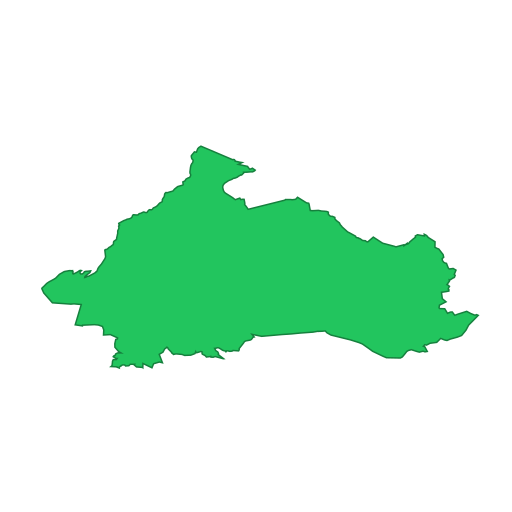 Ahuehuetitla, Puebla, Mexico, rotated 85°
{"feature_id": "50627088B39189624478389", "entity_name": "Ahuehuetitla", "entity_type": "district", "adm_level": 2, "iso_a3": "MEX", "parent_name": "Mexico", "parent_adm1": "Puebla", "projection": "equal_earth", "projection_center": [-98.198, 18.232], "detail": "fine", "context": "isolated", "style": "filled", "palette": "green", "viewbox_px": 512, "rotation_deg": 85, "n_neighbors": 0, "source": "geoboundaries", "source_scale": "gbopen_adm2", "svg_char_len": 6093}
<svg xmlns="http://www.w3.org/2000/svg" viewBox="0 0 512 512"><g transform="rotate(85 256 256)"><path d="M343.9,407.0L345.9,404.3L346.0,403.3L347.0,404.2L346.8,407.2L348.3,408.1L350.0,408.4L352.7,409.0L353.5,410.1L354.3,404.3L354.6,404.2L355.6,402.1L355.1,402.2L353.8,400.4L353.8,400.0L353.5,399.9L352.8,398.2L353.2,396.2L354.2,395.5L354.2,392.2L352.9,390.7L353.3,386.4L353.8,386.9L356.1,384.7L357.1,378.8L357.4,378.5L353.2,378.0L358.3,369.4L354.4,367.4L353.2,361.5L354.2,358.5L345.5,361.0L343.7,357.1L340.5,355.0L339.8,353.5L339.1,353.0L339.1,352.7L339.4,352.2L340.1,351.7L340.7,351.7L344.1,348.9L345.5,348.2L345.6,347.8L346.9,346.8L346.6,345.2L346.6,343.8L347.6,338.3L348.4,336.6L348.8,335.9L349.1,329.6L347.9,325.3L346.1,324.4L347.1,324.1L347.2,323.4L346.3,319.2L346.8,318.1L348.7,318.2L349.1,318.0L350.8,315.3L352.3,314.2L352.2,310.7L352.0,309.8L352.8,309.7L353.1,307.5L352.6,305.4L355.5,297.5L355.5,297.2L350.9,302.2L350.3,301.8L348.8,302.2L348.2,302.5L346.8,304.3L344.4,305.3L344.4,304.3L344.0,302.1L344.1,301.5L344.6,300.6L346.3,298.3L346.8,297.8L347.4,296.6L348.0,294.8L348.8,294.3L347.9,293.5L348.1,292.1L348.7,290.5L348.7,288.8L348.5,287.5L348.1,287.2L349.0,281.6L348.0,280.9L346.7,280.8L343.0,277.3L341.6,276.0L340.3,275.0L339.7,273.7L339.4,270.5L339.2,268.9L338.7,267.8L336.6,266.0L336.5,264.9L333.7,266.8L336.5,257.4L336.5,236.6L336.7,227.2L336.6,219.0L336.8,205.9L336.4,201.0L336.5,200.7L336.7,197.2L336.7,193.5L338.6,192.1L341.3,188.2L347.8,169.2L351.2,161.0L352.9,157.7L358.1,151.5L361.1,148.1L367.0,138.1L368.7,134.9L370.2,121.1L369.3,119.0L366.9,116.6L364.2,114.1L363.4,112.4L363.0,110.0L362.8,109.6L365.2,103.9L366.0,101.6L365.4,97.9L366.2,96.0L366.0,93.7L361.1,95.8L360.5,97.1L359.1,95.6L359.6,93.9L358.1,90.2L357.8,83.5L354.2,79.2L356.1,75.4L356.8,73.1L355.7,69.7L354.4,62.6L353.1,58.1L348.2,53.3L343.4,50.2L334.5,39.8L333.6,41.4L334.1,43.0L332.0,47.1L329.5,50.9L331.6,60.3L332.4,63.2L328.9,65.3L328.8,67.3L329.8,70.2L325.0,72.6L324.4,77.5L323.6,78.2L320.9,77.5L320.6,76.6L318.2,70.7L314.8,74.1L308.3,74.4L308.2,72.1L308.0,69.2L307.7,66.9L306.3,66.8L306.0,67.3L304.9,67.2L303.1,65.9L301.8,67.3L301.2,67.7L301.1,68.2L297.9,65.5L296.5,65.6L296.8,64.9L295.2,61.8L294.8,60.6L294.4,60.1L292.6,59.3L291.6,60.1L287.5,58.0L285.6,60.7L285.8,64.6L284.7,65.5L279.9,66.9L279.8,67.6L278.7,69.5L276.9,70.6L274.9,70.8L273.6,69.1L270.9,69.5L265.0,73.3L264.3,74.8L262.9,77.0L257.4,76.4L252.4,83.0L252.2,83.0L250.4,84.3L249.0,86.5L250.7,86.5L248.9,93.3L250.0,95.6L251.2,95.5L252.9,98.2L255.6,101.9L256.1,102.1L257.2,103.6L257.4,104.5L256.6,104.4L258.7,107.7L257.7,107.7L259.1,115.8L258.4,117.3L254.3,128.7L247.4,137.5L251.7,143.4L251.5,144.2L251.1,144.9L250.3,145.7L249.8,148.5L248.9,149.5L247.5,151.3L247.5,152.0L246.8,152.6L246.5,154.1L246.1,154.7L244.9,155.1L240.9,161.1L240.0,162.6L234.4,167.8L233.9,168.0L232.2,169.3L230.3,170.0L227.8,172.7L226.2,174.0L224.8,174.3L224.4,174.1L224.2,174.4L223.9,175.1L223.2,176.3L222.9,178.4L220.8,180.3L218.7,180.1L218.3,180.6L217.8,181.7L217.4,183.7L216.9,186.9L216.0,189.8L215.8,195.8L215.4,198.0L209.1,198.6L208.0,198.9L207.5,201.0L201.1,209.5L203.0,211.6L203.1,215.2L202.8,216.3L202.3,221.7L202.9,222.5L208.8,259.7L205.7,261.5L204.1,262.6L203.4,262.8L202.6,262.5L198.5,262.9L198.3,264.4L198.5,266.3L196.9,267.1L198.1,271.7L197.2,272.8L196.0,274.0L190.6,281.1L189.3,282.2L187.6,282.8L184.8,283.2L182.9,282.8L180.9,281.1L178.5,276.7L177.5,273.2L177.1,272.7L176.7,271.7L176.5,269.8L175.7,267.4L175.4,267.2L175.1,266.7L174.2,264.6L173.8,264.1L174.1,263.3L172.2,261.0L171.5,261.1L171.7,257.4L171.7,254.0L171.9,252.0L171.0,249.9L170.4,249.3L168.2,252.0L168.6,252.9L169.0,254.7L167.1,256.0L166.0,256.6L163.2,265.6L161.7,261.7L161.1,264.1L160.1,267.1L159.8,268.5L159.4,268.6L159.5,268.3L158.2,269.1L157.9,269.7L158.0,270.9L141.8,301.3L143.0,303.6L144.2,304.8L147.4,306.3L146.9,308.3L147.7,309.0L150.1,311.4L150.7,311.8L152.3,311.7L153.3,311.5L154.1,311.1L154.9,310.4L155.6,310.3L157.5,311.0L158.5,312.0L160.0,312.9L161.9,313.5L166.6,314.5L167.9,314.5L169.1,314.0L170.2,314.1L171.7,315.0L172.1,315.8L172.3,316.8L173.3,319.0L175.0,320.3L175.3,321.0L175.8,322.4L177.4,322.4L178.3,322.2L179.0,322.8L179.6,326.0L180.0,327.9L180.4,328.6L182.3,331.4L183.9,332.9L184.2,333.7L184.5,335.6L185.2,338.9L184.9,340.2L185.6,341.1L186.3,341.6L188.7,342.2L189.4,342.7L190.2,343.4L191.5,344.3L192.3,344.5L193.2,344.5L193.9,345.0L194.8,347.2L195.5,348.1L196.3,348.9L197.4,350.1L198.3,351.6L199.2,354.1L200.5,355.2L200.9,356.3L200.8,357.0L200.6,357.4L200.6,358.1L200.8,358.6L202.0,359.9L203.0,360.6L203.2,361.3L203.0,362.5L202.4,363.8L202.4,364.4L203.4,367.0L203.6,368.5L204.0,369.2L204.8,370.0L204.7,371.6L204.2,374.5L204.5,375.1L205.2,375.6L206.1,375.9L206.8,376.6L207.3,377.2L207.6,378.0L207.9,378.9L208.1,381.3L208.6,382.3L209.2,384.6L211.5,389.9L211.9,390.0L212.4,389.8L213.0,389.2L213.4,389.2L214.0,390.1L214.3,390.3L215.2,390.1L216.5,390.2L219.0,391.6L221.5,391.8L222.9,392.3L224.0,392.6L225.7,393.2L227.3,393.5L229.0,396.3L229.7,396.7L231.5,397.0L232.2,397.3L232.8,398.4L234.1,400.2L234.5,401.4L234.9,402.0L236.0,403.3L236.4,404.3L236.4,405.2L236.9,406.1L243.6,405.9L245.3,406.6L250.5,410.6L253.2,413.4L254.6,414.5L256.5,415.4L257.6,416.1L257.8,416.8L258.4,417.2L259.1,418.6L261.6,424.6L261.5,425.5L262.3,427.3L262.5,428.5L261.6,428.2L260.4,426.7L258.0,422.9L256.4,422.0L256.5,424.8L256.4,426.7L256.7,428.3L257.9,429.2L258.7,430.5L258.6,432.2L257.7,432.8L256.5,432.6L255.3,431.2L255.0,432.2L255.2,433.2L256.1,434.6L257.3,437.4L258.0,439.5L257.6,440.1L255.9,439.6L255.6,440.2L254.6,440.0L254.5,441.8L254.3,442.6L254.4,444.4L254.5,445.2L254.6,446.6L254.8,448.3L255.2,449.3L255.7,450.3L257.1,453.4L260.6,457.5L261.7,459.7L262.7,462.0L263.6,464.2L265.1,466.9L267.7,469.9L269.2,471.9L269.9,472.2L274.4,470.6L284.9,462.9L287.8,444.6L287.8,441.5L289.1,434.3L308.8,442.1L310.5,435.0L309.8,434.9L310.3,423.0L311.0,419.1L312.8,415.1L316.4,414.1L321.4,414.8L321.6,407.9L325.5,401.0L326.6,401.3L326.9,403.0L331.1,404.3L334.6,404.5L339.3,401.1L340.8,398.9L340.5,402.4L341.4,404.4L342.8,405.1L343.2,406.5L343.9,407.0Z" fill="#22c55e" stroke="#15803d" stroke-width="1.5"/></g></svg>